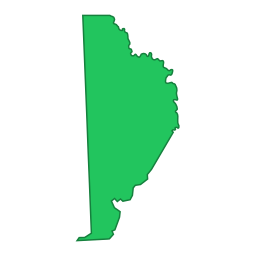 the district of Wayne, Pennsylvania, United States of America
{"feature_id": "52423323B52307790790570", "entity_name": "Wayne", "entity_type": "district", "adm_level": 2, "iso_a3": "USA", "parent_name": "United States of America", "parent_adm1": "Pennsylvania", "projection": "albers", "projection_center": [-75.192, 41.616], "detail": "fine", "context": "isolated", "style": "filled", "palette": "green", "viewbox_px": 256, "rotation_deg": 0, "n_neighbors": 0, "source": "geoboundaries", "source_scale": "gbopen_adm2", "svg_char_len": 2506}
<svg xmlns="http://www.w3.org/2000/svg" viewBox="0 0 256 256"><path d="M82.8,15.4L87.0,120.5L88.2,152.2L89.5,184.0L91.4,233.2L84.7,237.5L79.2,237.6L77.1,240.6L107.8,239.0L109.4,238.8L113.4,234.3L112.0,231.1L114.9,229.8L119.5,217.2L120.1,211.7L114.4,207.7L111.4,201.0L114.6,198.5L117.3,201.5L120.5,199.0L122.9,201.2L130.1,199.7L132.4,195.4L133.2,187.9L135.3,185.3L140.5,184.5L147.6,179.0L147.3,174.5L151.4,169.5L173.2,132.3L172.1,131.1L172.1,130.5L172.8,130.0L173.6,129.8L174.7,130.0L175.4,129.6L175.4,129.2L175.0,128.2L175.3,127.6L176.7,127.3L177.1,127.4L177.9,128.1L178.1,128.1L178.5,128.0L178.8,127.5L178.9,125.8L177.9,123.4L177.8,122.9L177.7,120.5L177.8,116.2L177.5,114.4L176.6,112.7L175.9,112.5L175.7,112.3L175.5,111.5L175.6,110.9L176.9,109.7L177.2,109.3L177.2,108.6L176.9,106.8L176.0,104.7L175.3,103.5L173.7,101.8L173.4,101.0L173.4,100.4L173.8,99.7L175.0,99.6L177.0,100.1L177.3,99.9L177.5,99.5L177.6,99.0L176.7,95.4L176.4,93.1L176.9,90.3L176.7,88.0L175.1,84.4L174.2,83.8L173.4,83.6L172.5,83.2L172.2,82.7L171.8,82.4L171.0,82.5L168.1,83.3L167.5,83.3L166.3,83.1L165.7,82.5L165.6,82.1L165.5,81.6L165.6,80.3L165.7,79.3L166.0,78.0L166.2,77.6L168.1,75.1L169.1,74.8L170.6,75.1L171.3,74.8L171.6,74.5L172.1,73.4L172.6,71.6L172.7,70.5L172.6,70.0L172.1,69.6L171.3,69.6L170.9,69.7L169.6,70.6L168.8,70.6L167.9,70.1L166.5,68.6L163.6,67.3L163.2,66.5L163.2,66.0L163.2,65.1L163.5,63.4L163.6,62.1L163.3,61.2L163.1,60.9L162.4,60.6L160.4,60.9L159.7,60.8L157.7,58.7L156.9,58.8L156.3,59.1L154.9,59.8L154.1,59.8L153.0,59.4L152.4,58.9L152.0,58.2L151.4,56.6L151.6,54.3L151.3,53.4L151.0,53.0L150.2,52.7L149.7,52.8L149.2,53.5L148.9,54.8L148.5,55.8L148.1,56.3L147.8,56.4L147.4,56.4L147.0,56.0L146.7,55.7L146.5,54.9L145.8,54.3L145.1,53.8L143.7,53.5L142.5,53.7L141.3,54.2L140.2,56.3L139.4,57.2L139.0,57.2L137.7,56.6L137.0,56.0L136.1,54.7L135.6,54.3L135.1,54.4L134.1,55.4L133.4,55.8L131.9,55.8L131.4,55.3L130.9,54.6L130.7,54.0L130.6,53.3L131.1,52.5L131.8,52.0L132.0,51.4L131.3,49.4L130.8,49.0L129.8,48.8L129.0,48.4L128.7,46.7L128.7,45.5L129.8,44.1L129.8,42.6L129.3,41.3L128.1,38.9L127.9,38.1L127.9,36.8L127.7,34.8L127.3,33.2L125.1,32.1L124.7,31.4L124.5,30.8L124.6,29.2L124.1,28.6L123.1,28.6L122.7,28.8L122.4,29.1L122.5,30.3L122.4,30.4L121.9,30.5L120.5,30.3L119.9,29.9L118.8,28.7L118.4,26.8L117.9,26.5L116.3,24.6L114.9,24.0L114.1,23.8L113.5,23.2L113.5,22.8L114.5,19.8L114.5,19.2L113.8,17.4L112.6,16.6L111.1,16.1L109.8,15.4L100.4,15.4L94.0,15.4L93.0,15.4L84.1,15.4L82.8,15.4Z" fill="#22c55e" stroke="#15803d" stroke-width="1.5"/></svg>